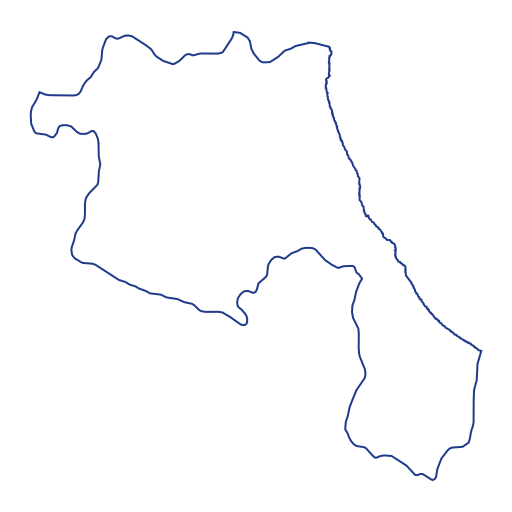 Nagua, María Trinidad Sánchez, Dominican Republic
{"feature_id": "3306468B71596371711370", "entity_name": "Nagua", "entity_type": "district", "adm_level": 2, "iso_a3": "DOM", "parent_name": "Dominican Republic", "parent_adm1": "María Trinidad Sánchez", "projection": "equal_earth", "projection_center": [-69.872, 19.343], "detail": "fine", "context": "isolated", "style": "outline", "palette": "blue", "viewbox_px": 512, "rotation_deg": 0, "n_neighbors": 0, "source": "geoboundaries", "source_scale": "gbopen_adm2", "svg_char_len": 5930}
<svg xmlns="http://www.w3.org/2000/svg" viewBox="0 0 512 512"><path d="M468.6,442.7L469.9,438.5L471.0,431.8L473.0,425.6L473.6,422.2L473.7,398.1L474.1,389.8L476.7,380.3L477.5,363.9L481.3,350.9L478.3,350.1L477.4,348.8L475.5,347.9L475.2,347.1L473.9,346.7L473.6,345.8L471.7,345.0L470.7,343.7L469.8,343.7L469.2,342.9L468.2,342.9L468.2,342.4L466.6,342.0L466.0,341.2L465.0,341.2L464.4,340.3L463.5,340.3L462.8,339.5L459.7,337.8L459.7,337.3L456.5,335.6L456.2,334.8L454.3,334.4L453.3,332.7L451.8,332.2L451.5,331.4L450.2,331.0L449.9,330.1L445.5,327.6L444.8,326.3L442.9,325.5L441.3,323.3L440.1,322.9L439.1,321.6L439.1,320.8L438.2,320.8L437.6,319.5L436.0,319.1L435.7,318.2L435.0,318.2L432.2,314.0L431.5,314.0L430.9,312.7L430.3,312.7L429.0,311.0L429.0,310.2L428.1,309.8L428.1,308.9L427.4,308.9L426.8,308.1L426.5,306.8L425.2,306.4L423.6,304.2L423.6,303.4L421.7,301.3L421.4,299.6L420.5,299.6L420.5,299.2L419.5,298.7L419.2,297.0L418.3,296.6L417.6,294.5L417.0,293.6L416.4,293.6L416.4,292.8L415.1,291.5L415.1,289.8L413.8,288.1L413.8,287.3L413.2,286.8L413.2,285.6L411.6,283.9L411.6,283.0L405.9,275.4L405.6,272.0L405.3,272.0L405.3,269.5L405.6,269.5L405.3,266.5L404.1,265.2L403.1,265.2L401.8,263.5L400.6,263.1L400.3,262.2L398.1,261.4L397.7,260.1L396.2,258.4L395.8,256.7L395.5,256.7L395.5,255.5L395.2,255.5L395.2,254.2L395.5,254.2L395.5,251.6L395.2,251.2L395.5,251.2L395.8,249.5L395.5,249.5L395.5,247.4L395.2,247.4L394.9,244.8L393.9,243.6L392.0,242.7L391.7,241.9L391.1,241.9L390.2,240.2L386.7,239.8L385.4,238.1L384.1,237.6L383.2,236.4L382.9,233.4L382.2,233.4L381.6,232.5L381.6,231.7L379.7,229.1L378.5,228.7L378.5,227.9L377.8,227.0L376.3,226.6L375.6,224.9L374.4,224.1L374.0,222.8L372.1,221.9L370.6,219.4L369.9,219.4L369.0,218.1L368.3,215.6L367.7,215.6L367.4,216.4L365.8,216.0L365.5,213.9L364.6,213.0L364.2,210.9L363.9,210.9L363.6,206.7L362.4,205.8L361.4,202.0L359.5,199.9L359.8,196.1L359.5,196.1L359.5,194.4L359.2,194.4L359.2,192.7L359.5,192.7L359.5,188.8L359.8,188.8L359.8,187.6L360.1,187.6L360.1,185.5L359.2,184.2L359.5,183.8L359.2,183.3L359.5,178.2L357.9,176.1L357.6,173.6L357.0,173.2L356.7,171.0L355.4,169.8L355.4,168.9L353.2,165.9L352.2,162.5L351.3,161.7L351.3,160.9L350.0,159.2L349.1,158.7L348.1,155.3L347.2,154.5L346.9,151.5L345.0,149.4L344.3,146.9L342.8,145.2L342.8,143.0L342.1,142.2L342.1,140.9L341.5,140.9L340.9,140.1L340.9,139.2L340.5,139.2L340.5,137.5L339.9,137.1L339.6,134.1L338.7,132.9L338.3,131.2L338.0,131.2L337.7,129.5L337.1,128.6L337.1,126.9L336.8,126.9L336.8,125.6L336.1,124.8L336.1,123.1L335.2,122.3L335.2,121.4L334.2,120.1L333.9,117.6L333.3,117.2L333.0,115.5L332.7,115.5L332.7,113.8L332.3,113.8L332.3,112.5L332.0,112.5L332.0,110.4L331.1,109.1L331.1,108.3L330.4,107.8L330.4,107.0L329.8,106.6L329.5,102.8L329.2,102.8L329.2,101.9L328.9,101.9L328.6,100.2L327.9,99.4L327.9,96.8L327.3,96.0L327.6,93.0L327.0,93.0L326.3,88.8L325.7,88.3L325.7,87.1L326.0,87.1L325.7,84.9L326.7,83.7L326.7,82.8L326.3,82.8L326.7,81.1L326.0,80.3L326.0,79.4L327.0,78.2L328.2,77.7L328.9,76.9L328.9,76.0L329.2,76.0L329.2,75.2L329.5,75.2L328.9,74.3L329.2,70.5L329.5,70.5L329.5,68.4L329.2,68.4L329.5,64.2L329.2,64.2L329.2,62.9L328.9,62.9L328.9,62.0L329.2,62.0L329.2,57.8L329.5,57.8L329.5,56.1L330.1,56.1L330.8,55.3L330.8,54.4L331.4,54.0L331.4,51.4L330.1,50.6L330.1,49.3L329.8,49.3L329.8,48.0L329.5,48.0L329.2,46.8L314.7,43.1L308.6,42.6L308.6,43.0L295.6,46.0L290.8,48.7L284.7,50.7L278.1,56.9L269.9,62.1L263.4,62.4L261.0,61.6L258.9,60.0L253.6,53.3L251.4,48.9L249.9,41.3L247.6,37.6L240.2,32.9L233.7,32.0L232.9,35.9L231.6,38.7L223.2,51.5L222.0,52.6L218.1,53.6L200.2,53.5L193.1,55.4L189.6,54.2L187.4,54.1L185.2,55.2L179.4,60.9L174.8,63.6L172.9,64.2L163.0,60.8L157.0,56.9L154.6,54.7L151.6,49.8L150.6,48.8L145.6,45.0L132.1,36.3L128.9,35.5L124.8,35.7L118.6,38.5L117.1,38.7L115.0,38.1L111.9,36.3L109.0,36.4L106.1,39.1L102.9,47.6L102.2,50.5L101.4,59.8L98.1,67.9L93.8,72.2L90.8,77.0L87.2,80.1L84.8,83.0L82.8,86.3L80.7,91.4L78.5,94.0L76.3,95.1L73.7,95.5L49.8,95.2L45.5,94.6L39.5,92.2L36.5,99.8L32.0,107.3L31.0,111.5L30.7,114.9L31.2,123.8L34.2,131.2L35.2,132.5L36.6,133.4L45.8,134.6L51.2,137.2L53.2,137.2L54.3,136.4L57.0,132.8L58.2,128.3L59.6,126.2L62.6,125.2L66.9,125.2L71.1,126.4L77.1,132.1L80.2,133.8L85.6,133.9L88.0,133.1L91.7,131.0L93.7,131.1L95.6,133.3L97.9,138.8L98.5,143.2L98.8,156.6L100.3,164.5L98.9,171.2L98.2,182.3L97.4,184.8L89.4,193.0L87.0,196.3L85.6,199.1L85.0,203.4L84.9,214.6L84.5,218.9L82.8,222.7L77.5,230.0L75.5,233.6L74.1,240.4L71.7,247.3L71.4,250.3L72.0,254.3L72.8,256.0L75.0,258.5L81.8,262.6L83.4,263.0L92.4,263.7L95.5,264.8L119.0,280.0L125.2,281.9L129.9,284.7L135.3,286.3L139.3,288.7L145.4,290.8L150.2,293.4L160.8,294.6L166.4,297.4L177.6,299.1L184.1,302.1L192.0,303.8L194.2,305.2L199.4,310.2L201.8,311.3L206.0,311.9L218.2,311.8L222.5,312.5L230.1,317.0L240.6,324.4L242.8,325.1L245.0,324.9L246.3,323.9L247.1,322.2L247.2,318.5L246.3,315.6L244.7,313.2L241.6,309.7L238.6,307.3L237.7,305.9L237.1,302.2L237.9,298.3L240.5,294.2L244.1,291.3L248.0,290.9L253.1,292.9L255.5,292.0L256.7,290.0L258.5,283.4L266.3,276.5L267.2,274.1L267.8,267.3L268.5,264.3L271.1,260.1L274.5,257.1L278.5,256.6L283.7,258.5L285.0,258.5L291.5,253.3L297.5,251.1L301.5,248.7L305.8,247.8L312.0,248.0L314.5,248.9L316.0,250.0L325.2,260.2L331.9,264.8L336.6,267.3L338.5,267.9L343.6,266.2L352.5,265.9L354.4,267.0L356.6,272.7L358.8,274.2L362.1,278.6L359.4,283.2L356.1,291.8L354.5,299.6L352.4,305.6L352.0,311.9L353.0,317.8L358.4,328.7L358.8,333.8L358.7,348.2L359.1,353.7L359.8,356.6L364.9,369.3L365.4,372.3L365.3,375.4L364.5,378.4L356.5,390.0L352.6,399.4L349.6,407.2L347.8,415.9L345.8,422.0L345.2,429.2L347.5,433.1L349.2,437.6L350.9,440.8L353.7,444.2L356.5,446.0L363.7,447.1L365.9,448.1L372.6,455.6L375.0,457.6L376.4,457.7L380.2,456.1L384.1,455.4L391.6,456.0L406.5,465.6L415.0,474.8L417.0,475.2L420.6,473.9L422.8,474.1L431.1,479.4L433.0,480.0L434.8,478.9L436.1,476.9L437.3,469.2L441.3,458.7L447.6,450.4L449.6,448.6L451.9,447.6L462.6,446.8L468.6,442.7Z" fill="none" stroke="#1e3a8a" stroke-width="2"/></svg>